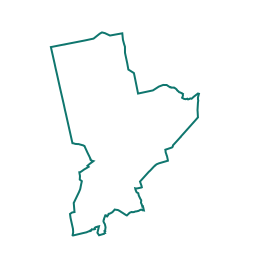 outline of Kombo Central, West Coast, Gambia, rotated 168°
{"feature_id": "56634734B211008456047", "entity_name": "Kombo Central", "entity_type": "district", "adm_level": 2, "iso_a3": "GMB", "parent_name": "Gambia", "parent_adm1": "West Coast", "projection": "robinson", "projection_center": [-16.653, 13.251], "detail": "fine", "context": "isolated", "style": "outline", "palette": "teal", "viewbox_px": 256, "rotation_deg": 168, "n_neighbors": 0, "source": "geoboundaries", "source_scale": "gbopen_adm2", "svg_char_len": 5156}
<svg xmlns="http://www.w3.org/2000/svg" viewBox="0 0 256 256"><g transform="rotate(168 128 128)"><path d="M204.5,34.6L204.2,34.3L191.3,34.6L190.4,34.6L190.2,34.6L189.5,34.8L189.3,34.8L187.8,35.1L187.0,35.1L186.8,35.0L186.3,35.0L186.0,35.1L185.6,35.2L185.6,35.5L185.8,35.7L185.5,35.8L184.9,36.0L184.5,36.2L184.3,36.4L184.1,36.2L183.6,36.0L183.2,36.0L182.8,36.1L182.4,36.1L181.9,35.9L181.3,36.0L181.4,36.4L181.4,37.0L181.2,37.1L181.0,37.4L180.7,37.5L180.0,37.7L179.8,37.7L179.6,37.8L179.2,37.7L178.4,37.8L178.0,37.9L177.4,37.9L176.8,37.9L179.7,31.9L178.6,29.1L173.4,29.5L173.1,29.9L172.9,30.0L172.4,30.0L172.5,30.3L172.4,30.8L172.4,31.2L172.3,31.5L172.4,31.9L171.7,31.9L171.7,32.4L171.7,32.7L171.6,32.8L171.0,34.4L170.6,35.5L170.6,37.2L170.6,37.6L170.6,37.9L170.7,39.0L170.8,39.4L171.0,39.8L171.3,40.9L171.3,41.3L171.4,41.9L171.2,42.4L171.1,42.6L170.9,43.2L170.5,43.5L170.3,44.2L170.2,44.5L169.3,45.7L169.1,46.1L168.9,46.5L168.5,47.1L168.4,47.3L167.9,47.3L167.6,47.1L167.4,46.8L167.2,46.5L167.1,46.0L166.9,45.9L166.7,45.8L166.5,46.0L166.2,46.6L165.9,46.8L165.7,46.8L165.6,47.0L165.2,47.3L165.0,47.6L164.9,48.0L164.7,48.1L164.3,48.1L164.0,48.0L163.8,48.0L163.6,48.1L162.9,48.2L162.5,48.3L162.2,48.4L162.0,48.6L161.6,48.7L160.9,48.8L158.3,50.7L158.0,51.0L157.0,50.6L155.0,49.9L154.7,49.7L154.4,49.4L153.6,48.8L153.4,48.5L153.0,48.2L152.4,47.6L152.1,47.2L151.2,46.4L151.0,46.2L150.4,45.6L149.9,45.1L149.3,44.5L148.6,43.8L148.0,43.2L147.8,43.1L147.5,42.8L147.3,42.7L144.4,44.5L144.2,44.7L143.7,44.8L143.4,44.9L143.2,44.9L142.9,44.9L142.7,45.0L142.3,45.0L142.0,45.1L141.8,45.0L141.6,45.0L141.3,44.9L140.8,44.6L139.9,44.6L139.6,44.6L139.1,44.6L138.8,44.7L138.5,44.8L138.3,44.8L138.0,44.8L137.1,44.7L136.7,44.7L136.2,44.7L135.9,44.7L135.5,44.8L135.2,44.7L134.7,44.8L134.1,45.0L133.5,45.2L132.9,45.3L132.3,45.4L131.9,45.4L131.4,45.0L131.2,44.8L131.0,44.6L130.6,44.4L130.3,44.3L129.8,44.2L129.6,44.1L129.6,44.6L129.6,44.9L129.6,45.1L129.6,45.4L129.6,45.7L129.7,45.9L129.7,46.1L129.6,46.5L129.7,47.9L129.7,48.3L130.3,48.2L130.3,48.6L130.4,49.6L130.4,50.2L130.4,50.5L130.5,50.7L130.6,51.0L130.7,51.3L130.8,52.0L130.8,52.6L130.4,53.4L130.1,54.6L130.5,55.7L130.7,56.4L130.8,56.8L130.9,57.2L131.0,57.6L131.5,59.7L131.5,60.6L131.5,61.2L131.5,62.1L132.9,63.3L133.0,63.6L133.1,64.0L133.2,64.4L133.2,64.7L133.3,65.2L133.4,65.6L133.5,66.1L133.5,66.9L133.5,67.5L133.1,67.3L132.7,67.2L132.3,67.1L131.4,67.0L130.1,67.0L129.6,67.0L129.1,67.0L128.2,67.0L127.3,67.0L126.8,67.1L126.8,68.2L126.8,68.8L127.0,70.0L127.4,73.1L116.5,81.0L116.2,81.1L115.4,81.6L115.2,81.7L113.9,82.6L112.2,83.8L111.5,84.3L109.4,85.7L109.2,85.6L107.8,86.5L106.8,86.7L105.2,87.0L101.4,87.3L95.8,87.7L95.7,88.6L95.7,88.9L95.7,89.1L95.7,91.7L95.7,92.0L95.7,92.5L95.9,93.2L95.9,93.7L96.0,94.7L96.1,95.4L96.1,95.6L96.2,96.1L96.2,96.7L96.1,97.5L96.0,97.9L96.0,98.3L96.0,99.0L95.1,99.1L94.3,99.2L93.7,99.2L92.7,99.4L91.4,99.5L91.0,99.6L89.9,99.7L89.4,99.8L89.0,99.9L88.8,99.9L88.1,100.5L87.6,101.7L78.8,108.0L78.4,108.2L78.4,108.4L70.2,114.4L59.3,122.4L57.6,123.7L57.4,123.8L56.5,129.4L56.3,131.0L54.3,138.3L53.6,140.2L53.6,141.6L53.5,141.8L53.3,143.1L53.1,143.6L51.5,146.7L51.9,146.9L52.4,147.2L56.8,145.1L57.7,144.6L59.7,143.4L59.9,143.5L60.4,143.7L60.7,143.9L61.1,143.9L61.3,143.9L61.8,143.6L62.2,143.6L62.5,143.6L62.8,143.5L63.2,143.5L63.5,143.6L63.6,143.9L63.7,144.1L63.8,144.3L65.6,144.2L67.1,144.8L68.8,146.3L68.7,146.6L68.3,147.0L68.0,147.4L67.8,147.8L67.6,148.2L67.5,148.5L67.4,148.7L67.4,149.0L67.4,149.3L67.4,149.6L67.2,149.9L67.5,150.1L67.6,150.3L67.7,150.5L67.9,150.5L68.1,150.7L68.3,150.9L68.5,151.1L68.7,151.3L68.9,151.4L69.1,151.5L69.3,151.7L69.5,151.9L70.0,152.1L70.4,152.3L70.7,152.7L70.9,153.0L71.1,153.5L71.4,153.7L71.8,154.2L72.0,154.5L72.2,154.9L72.3,155.4L72.8,156.1L73.0,156.4L73.4,156.8L73.9,157.4L74.4,157.6L74.6,158.0L77.4,158.5L77.7,159.0L77.8,159.2L78.5,159.2L81.2,162.0L84.7,162.8L89.2,162.1L95.5,159.7L95.9,159.6L96.1,159.6L110.8,159.6L111.0,159.6L110.9,167.4L110.8,177.2L110.8,180.5L115.5,185.1L115.3,191.4L115.3,193.4L115.3,198.0L115.3,202.2L114.1,208.1L114.4,211.1L114.6,215.4L113.9,221.8L126.4,222.2L130.9,225.6L133.6,226.9L135.8,226.2L136.9,225.7L140.7,223.8L143.1,222.6L144.6,222.6L152.2,222.6L164.0,222.8L186.6,223.2L186.5,214.4L186.4,206.1L186.4,201.5L186.3,195.7L186.2,183.7L186.1,176.3L186.0,171.1L185.9,163.8L185.9,158.8L185.8,154.0L185.8,152.8L185.7,142.9L185.5,124.7L184.6,124.4L183.0,123.5L182.3,123.2L181.7,123.1L180.9,122.8L180.4,122.7L179.8,122.6L179.2,122.3L178.9,122.1L178.5,121.9L177.5,121.4L176.2,120.7L175.9,120.6L175.5,120.4L175.1,119.9L174.6,119.7L174.3,119.4L174.0,117.8L173.3,114.7L172.9,112.9L172.0,109.3L171.9,109.0L171.1,105.5L171.3,105.5L171.2,104.5L170.6,103.8L168.7,102.8L169.9,102.2L170.9,101.8L172.7,101.0L175.5,99.5L174.6,98.2L177.8,97.1L178.2,97.0L179.9,96.4L180.8,96.0L182.6,95.2L184.1,94.7L184.8,94.8L184.9,93.4L184.9,92.6L184.9,92.0L184.9,91.7L185.0,91.0L185.1,90.4L185.2,90.1L185.9,87.6L184.2,85.6L185.7,82.3L186.5,80.4L186.9,79.4L187.6,77.9L188.4,76.8L189.2,75.6L196.7,65.9L196.7,65.7L197.8,56.9L200.2,57.0L202.6,56.0L202.9,52.1L202.9,51.1L202.8,40.8L203.0,39.4L203.3,37.4L204.5,34.6Z" fill="none" stroke="#0f766e" stroke-width="2"/></g></svg>